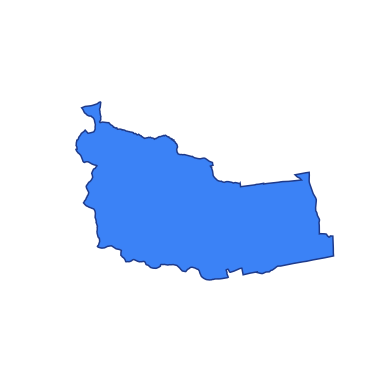 the district of Valea Crisului, Covasna, Romania, rotated 327°
{"feature_id": "2599482B16839946437883", "entity_name": "Valea Crisului", "entity_type": "district", "adm_level": 2, "iso_a3": "ROU", "parent_name": "Romania", "parent_adm1": "Covasna", "projection": "albers", "projection_center": [25.761, 45.953], "detail": "fine", "context": "isolated", "style": "filled", "palette": "blue", "viewbox_px": 384, "rotation_deg": 327, "n_neighbors": 0, "source": "geoboundaries", "source_scale": "gbopen_adm2", "svg_char_len": 5991}
<svg xmlns="http://www.w3.org/2000/svg" viewBox="0 0 384 384"><g transform="rotate(327 192 192)"><path d="M277.4,320.0L279.9,316.1L286.1,305.7L284.1,304.2L283.7,304.3L283.0,304.7L282.3,304.5L282.1,304.0L282.0,303.2L281.7,302.9L281.7,302.5L281.8,300.6L281.5,300.3L280.8,299.6L278.9,298.2L276.7,296.7L276.0,296.5L280.5,289.4L281.8,286.9L283.3,285.4L283.9,284.5L284.0,283.9L284.4,279.9L285.3,277.7L285.5,276.5L285.5,275.2L287.1,272.5L291.5,267.0L292.1,266.0L292.5,264.3L292.7,259.7L292.9,258.7L295.3,248.7L295.9,247.2L296.6,246.0L299.6,241.7L301.0,239.3L298.0,237.9L287.8,233.7L288.4,236.3L288.8,237.2L289.9,239.0L290.4,241.6L278.8,235.7L273.8,232.7L271.3,231.5L270.4,231.3L270.3,231.1L269.8,230.9L259.3,225.6L256.4,224.3L256.8,223.7L252.4,221.9L250.0,220.6L248.7,220.3L235.6,214.0L236.6,212.1L237.2,210.7L236.8,210.9L236.2,210.6L235.4,209.6L233.4,207.6L231.6,207.0L230.6,205.5L227.9,202.9L226.4,202.0L224.2,201.4L222.9,199.9L222.6,199.0L221.6,198.5L220.4,197.2L219.7,196.1L219.5,195.5L219.4,194.6L219.1,193.9L218.9,192.8L218.7,191.2L218.7,189.8L220.7,185.5L221.3,183.0L221.9,182.1L221.5,181.7L221.5,180.3L224.2,181.0L224.5,179.9L225.2,178.4L223.3,175.8L221.5,171.2L220.8,170.3L219.8,169.7L216.9,168.6L215.2,167.2L212.7,164.6L211.6,162.3L211.3,162.3L206.0,156.5L204.4,155.6L203.5,154.7L202.4,154.1L201.9,153.6L201.1,152.4L201.3,150.4L201.2,150.1L201.5,149.8L201.9,148.9L202.0,148.4L203.0,147.3L204.4,146.4L205.1,144.4L205.2,143.9L205.2,142.7L204.9,142.5L204.8,142.2L205.1,140.8L204.7,139.9L204.5,139.2L205.0,138.9L205.1,138.7L204.9,138.6L204.4,138.6L204.4,138.4L204.6,138.1L204.0,137.8L203.9,137.2L204.1,136.9L203.4,136.7L203.7,135.9L202.6,134.3L202.4,133.6L202.6,133.2L201.6,132.3L200.8,130.2L200.6,129.9L200.1,129.7L199.8,129.8L199.3,129.8L198.8,129.0L197.9,129.0L197.3,128.7L195.4,128.3L194.7,127.7L194.2,127.6L193.4,127.8L192.7,127.5L191.1,127.7L190.6,127.5L190.3,127.1L189.2,127.2L189.0,126.1L188.3,125.2L187.4,124.6L186.9,123.4L186.4,123.2L185.7,123.1L185.2,122.4L184.5,122.4L183.0,121.7L181.5,121.3L181.4,121.1L181.2,120.9L181.3,120.6L180.7,119.7L180.4,118.6L179.8,118.0L180.0,117.4L179.9,117.0L179.1,116.1L179.0,115.3L178.7,114.5L177.6,114.5L177.2,114.2L176.9,113.7L176.8,112.9L176.4,112.1L175.5,111.7L174.9,111.0L174.9,110.7L175.1,110.3L174.8,109.8L173.5,108.5L172.6,107.8L172.3,107.2L171.4,106.5L170.7,105.6L170.0,105.1L169.2,103.5L167.9,102.2L167.3,102.0L167.4,101.7L167.2,101.4L165.9,100.0L163.8,98.9L163.6,98.2L163.9,97.6L163.8,97.3L163.7,97.1L162.6,96.7L162.3,95.7L161.5,95.0L161.7,94.8L161.3,92.9L160.4,91.2L160.0,88.6L159.9,88.6L154.9,84.5L153.2,84.0L152.7,83.7L152.6,83.3L152.7,82.8L154.4,82.0L154.9,81.6L155.5,80.6L155.7,80.0L156.6,79.3L156.9,78.1L158.0,75.4L158.7,74.3L159.3,72.6L159.6,72.3L160.0,71.7L160.8,71.3L161.2,70.9L164.3,67.1L164.1,66.5L162.9,66.2L160.5,66.4L155.5,65.1L153.7,64.4L148.9,62.0L145.3,61.3L145.5,63.6L145.3,64.4L145.0,67.0L145.6,68.6L145.9,70.2L146.6,71.5L147.2,72.3L148.8,73.5L148.9,74.6L149.5,75.7L149.5,77.4L149.3,78.7L148.9,79.4L148.6,80.3L147.6,83.0L146.2,84.6L145.0,86.6L142.7,88.0L141.7,87.9L139.5,87.2L136.8,86.2L136.1,81.9L134.4,82.4L131.1,82.6L129.5,83.5L126.9,84.4L125.7,85.5L124.8,85.9L124.4,86.0L123.6,85.8L123.3,86.3L121.9,87.6L120.6,89.4L120.2,89.7L120.1,90.0L120.1,90.8L119.8,91.9L119.3,92.9L118.9,93.5L118.0,93.0L117.9,93.0L117.6,94.5L117.8,97.4L118.1,98.0L118.4,99.2L118.6,100.4L118.5,101.6L117.6,105.9L117.3,106.7L117.4,107.3L117.4,107.9L117.8,108.3L117.9,108.6L118.2,108.8L118.8,108.7L119.7,109.0L120.7,109.6L121.5,110.3L123.4,114.1L125.0,116.3L126.0,117.2L126.6,118.2L126.6,118.3L125.5,118.6L123.8,119.4L122.1,119.2L121.7,119.3L118.9,121.1L118.0,121.8L117.7,123.2L116.8,125.5L115.5,126.4L113.9,127.2L112.0,127.7L111.0,127.6L109.6,128.1L108.3,128.8L107.2,129.0L106.1,130.0L106.1,130.3L105.7,131.3L105.2,136.0L104.7,136.6L103.9,137.4L102.9,138.0L102.0,138.3L101.4,138.9L100.7,139.1L98.7,140.5L96.7,141.1L96.4,141.5L95.1,142.0L95.4,144.2L95.8,145.9L96.0,146.3L96.7,147.3L97.4,148.7L98.6,150.2L99.0,150.9L100.3,152.6L100.4,153.5L100.3,154.6L100.1,155.7L99.1,157.7L97.4,159.8L97.3,160.2L96.9,160.5L96.4,162.7L95.4,165.1L95.0,165.3L94.9,165.7L94.4,168.0L94.2,168.4L94.3,168.6L94.1,169.0L93.7,169.7L93.3,169.8L92.9,170.7L91.8,172.3L90.8,173.3L90.6,173.8L90.0,174.8L88.8,178.4L88.7,179.5L88.9,179.7L89.1,180.3L87.9,182.7L87.5,183.3L84.5,185.7L83.6,185.8L83.0,186.2L83.2,187.0L83.6,187.6L85.0,189.2L85.9,190.0L88.3,191.2L91.6,191.6L94.3,192.8L95.1,193.2L95.7,194.4L97.4,198.3L100.0,200.9L100.9,202.5L100.8,202.8L100.0,203.4L99.6,203.9L97.9,206.3L98.0,206.9L98.2,207.4L98.2,208.5L98.8,209.9L99.0,211.5L98.9,212.8L98.5,214.3L99.2,214.9L99.8,215.1L101.0,216.0L102.0,216.5L102.5,216.5L103.8,216.8L105.1,216.5L106.1,216.8L106.6,217.1L108.7,220.5L109.8,221.8L111.9,223.1L113.4,223.7L114.1,224.3L114.3,224.6L114.4,225.6L114.3,226.4L114.0,227.4L114.1,228.1L115.3,229.5L115.7,230.8L116.1,232.5L116.2,232.8L117.8,234.6L120.1,236.3L120.8,236.6L123.2,237.0L124.9,237.0L125.2,236.9L125.5,236.3L126.0,236.0L126.5,235.9L128.6,237.3L129.2,237.5L132.0,240.1L133.4,240.6L134.8,241.6L136.7,242.6L139.3,245.3L139.9,247.4L140.4,249.6L140.4,250.7L140.7,251.7L140.8,252.8L141.1,253.2L142.4,254.4L143.0,255.1L143.6,255.3L146.0,254.5L148.1,254.6L148.8,254.4L150.2,254.6L151.3,255.3L153.2,257.5L154.4,259.7L154.9,260.0L155.0,260.3L155.2,262.0L154.5,264.2L153.9,267.9L154.3,269.4L155.0,271.1L156.1,272.9L157.0,273.9L157.8,274.4L158.4,275.0L160.2,276.1L161.6,276.5L162.4,277.0L163.2,277.2L164.0,277.5L168.0,280.0L170.3,281.1L175.2,283.2L176.0,283.2L176.8,279.4L177.5,278.6L177.6,278.2L178.1,276.0L178.4,275.9L179.9,276.2L180.1,276.3L180.2,277.1L180.0,279.6L180.1,279.9L180.5,280.2L184.1,281.2L190.3,282.2L191.9,282.8L192.3,283.1L189.8,289.3L196.8,291.8L203.0,294.4L202.5,294.7L205.2,297.6L206.3,298.6L207.1,298.9L210.5,299.4L213.1,300.9L213.6,301.1L215.2,300.7L216.8,301.2L219.8,301.1L222.4,300.8L223.6,300.9L226.1,302.4L238.0,307.1L247.4,311.1L250.1,312.4L256.7,314.9L267.4,319.4L275.9,322.7L277.4,320.0Z" fill="#3b82f6" stroke="#1e3a8a" stroke-width="1.5"/></g></svg>